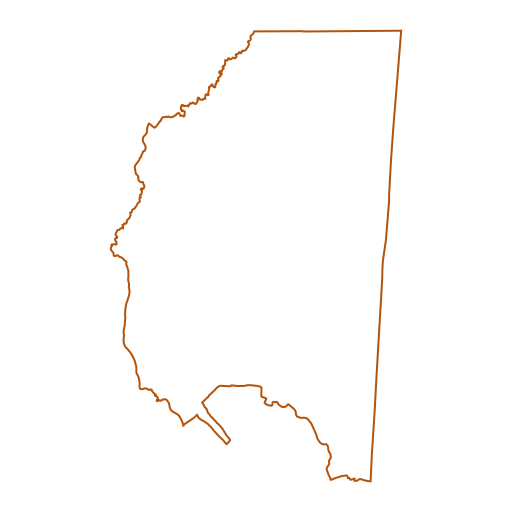 the district of Phalombe, Phalombe, Malawi
{"feature_id": "42251766B10434937590290", "entity_name": "Phalombe", "entity_type": "district", "adm_level": 2, "iso_a3": "MWI", "parent_name": "Malawi", "parent_adm1": "Phalombe", "projection": "robinson", "projection_center": [35.613, -15.69], "detail": "fine", "context": "isolated", "style": "outline", "palette": "amber", "viewbox_px": 512, "rotation_deg": 0, "n_neighbors": 0, "source": "geoboundaries", "source_scale": "gbopen_adm2", "svg_char_len": 6020}
<svg xmlns="http://www.w3.org/2000/svg" viewBox="0 0 512 512"><path d="M370.6,481.3L371.8,455.3L374.7,410.4L376.5,376.4L382.2,279.0L382.4,269.3L382.9,260.8L385.9,240.2L389.1,201.0L389.1,194.7L391.1,158.7L393.3,127.9L401.2,30.7L303.5,31.5L302.1,31.2L254.8,31.4L254.1,31.5L253.2,33.8L251.9,34.8L250.7,36.0L250.4,36.8L250.8,39.4L250.4,40.1L249.8,40.7L248.3,41.2L247.9,42.0L248.8,43.3L249.0,44.1L248.8,45.0L248.1,46.5L245.7,50.1L243.4,51.0L242.6,50.7L242.0,51.2L241.4,52.7L240.8,53.2L240.0,53.1L239.7,52.3L238.9,52.4L238.6,53.2L238.0,53.7L235.8,54.5L235.8,55.3L236.5,55.8L236.5,56.6L235.6,58.0L234.8,58.3L233.4,57.6L232.6,57.9L231.4,59.0L230.7,59.3L229.9,59.2L228.7,58.2L228.1,58.7L227.6,60.3L226.9,60.5L225.4,60.1L225.1,61.1L225.2,63.5L224.7,65.2L224.3,65.9L223.5,65.8L222.9,66.3L222.5,67.0L223.2,67.4L223.6,68.8L222.3,69.8L222.1,70.6L221.6,71.3L221.5,72.1L220.1,71.2L219.4,71.5L219.2,72.4L219.5,73.2L220.1,73.8L221.5,74.4L220.5,75.7L220.2,76.5L219.5,76.7L219.0,77.4L218.3,77.7L218.1,78.6L218.5,80.2L218.2,81.0L217.5,81.2L216.7,81.1L216.5,81.9L216.8,82.6L215.7,83.9L215.8,84.8L215.3,85.4L215.0,86.2L215.3,87.1L214.8,87.4L214.0,87.2L212.7,86.2L212.4,84.5L211.6,84.6L210.2,86.6L209.4,86.8L208.9,87.3L209.2,89.0L208.3,92.3L208.5,94.9L207.7,95.1L206.4,94.3L205.7,94.7L205.4,95.4L205.2,98.8L203.6,98.7L203.2,99.4L202.5,99.8L201.7,99.6L200.2,99.8L199.8,99.0L199.1,98.7L199.0,97.9L198.2,97.7L197.4,99.2L197.7,100.8L197.5,101.6L196.4,102.9L196.1,103.7L195.3,104.0L193.9,103.4L193.5,102.7L192.8,102.5L191.5,103.5L190.0,103.3L189.8,104.1L188.7,105.3L188.4,106.1L187.8,105.5L187.1,106.0L186.4,105.8L184.8,106.1L184.2,105.7L183.4,106.0L183.1,105.2L182.4,104.9L181.7,105.2L181.0,106.7L180.9,109.3L181.3,110.0L182.1,110.2L182.0,111.1L183.6,110.8L184.8,111.8L184.4,116.0L183.8,116.5L182.5,115.6L181.0,115.8L180.2,115.6L179.2,113.3L178.5,112.9L176.4,114.1L176.1,114.9L175.5,115.4L174.8,115.6L174.2,116.2L173.4,116.3L172.8,116.9L170.5,117.4L168.4,116.5L166.9,117.0L166.3,116.7L164.6,117.2L163.0,117.1L161.6,118.6L160.6,121.0L159.9,121.3L159.4,121.9L158.0,124.1L155.9,126.7L154.6,127.7L152.5,126.4L150.7,124.7L148.8,123.6L147.2,127.7L147.0,131.3L146.7,133.0L145.2,135.1L144.0,136.2L143.2,137.2L142.7,139.7L143.3,142.1L145.4,145.8L145.7,147.5L145.4,149.3L144.7,150.8L143.1,151.4L142.3,153.8L141.4,155.2L141.0,156.9L139.8,158.1L139.3,159.7L138.5,161.1L135.5,165.0L135.1,165.8L134.7,167.4L135.8,173.3L136.2,174.3L136.9,174.6L138.2,176.3L138.4,177.1L138.0,177.8L138.6,179.4L138.6,180.3L140.4,182.1L141.1,182.3L142.6,181.9L143.1,182.5L143.4,184.2L144.3,185.6L144.4,186.4L144.2,187.3L143.7,187.9L143.6,188.8L142.8,189.0L142.2,188.5L141.4,188.4L140.8,189.0L140.9,189.8L142.0,191.1L141.4,194.4L140.0,195.1L139.9,196.0L140.8,197.4L139.4,198.3L139.8,201.7L137.8,203.1L136.7,205.4L134.5,208.6L132.4,209.7L131.6,212.2L130.9,212.3L130.2,212.7L130.6,215.2L129.6,217.6L126.8,220.6L126.9,222.3L126.0,223.6L125.2,223.7L124.5,223.4L123.5,224.7L122.7,224.9L123.1,225.7L122.6,226.7L123.1,227.3L123.0,228.2L122.6,228.0L120.4,228.5L119.4,229.8L117.9,229.9L117.3,230.4L117.0,231.2L115.8,233.4L115.6,234.2L115.7,235.1L116.1,235.8L117.3,236.9L117.0,237.8L115.5,238.3L115.0,239.0L115.3,239.8L115.3,240.7L116.4,241.9L116.5,243.4L116.4,244.4L115.6,244.6L114.9,244.2L111.8,244.5L111.4,245.2L111.9,245.9L111.4,246.5L110.8,248.3L110.8,249.2L111.1,250.0L113.5,253.0L113.7,255.6L114.4,256.0L115.2,256.1L117.4,255.2L118.1,255.4L119.1,256.7L120.6,257.1L122.7,258.2L124.8,260.7L126.2,261.4L126.6,262.2L126.1,263.8L126.3,264.7L127.0,266.1L128.4,271.1L128.4,277.2L128.1,279.7L129.0,284.0L129.0,286.5L128.8,287.4L129.5,289.9L129.4,293.4L128.7,296.7L126.2,303.9L125.3,309.9L125.0,315.1L125.4,318.6L125.1,319.4L124.7,325.7L124.1,328.2L123.6,331.6L124.0,335.9L123.6,339.3L123.7,342.9L124.9,346.0L126.3,348.1L127.1,348.5L130.9,353.3L132.6,356.2L134.7,360.8L136.3,366.7L136.4,368.4L136.3,371.1L136.5,372.8L136.7,373.7L137.6,375.1L138.6,377.4L139.0,379.0L139.6,382.5L139.5,386.8L140.0,388.7L141.4,389.2L142.2,389.2L144.4,388.5L145.9,388.3L148.7,389.8L149.5,389.8L150.2,389.5L151.5,389.5L152.0,391.1L154.8,394.1L155.5,394.5L154.9,394.9L155.0,395.7L157.2,396.7L157.7,397.4L157.8,398.2L157.6,399.1L157.0,399.6L156.7,400.4L157.1,401.1L157.8,401.1L159.0,400.1L159.6,400.5L161.2,400.6L162.5,399.6L164.8,399.3L165.5,399.2L166.8,400.1L167.8,401.4L169.1,403.6L169.7,407.0L170.5,409.4L171.0,410.1L172.2,411.3L177.9,414.6L179.1,415.8L181.1,419.4L182.5,422.5L183.2,424.9L183.3,426.5L183.6,425.0L184.3,424.3L193.1,418.4L197.1,414.9L198.2,417.2L200.6,419.5L204.2,421.4L207.9,424.0L211.0,427.1L214.4,431.3L218.8,436.1L222.7,439.7L226.1,443.8L226.9,444.0L229.7,440.9L230.0,440.1L229.8,439.3L226.5,435.4L222.4,428.7L218.5,424.1L217.1,423.2L215.6,421.2L213.8,419.6L212.2,417.6L210.9,416.6L209.5,414.5L207.9,412.7L206.4,408.6L204.5,407.0L204.1,405.3L202.6,403.4L202.2,402.5L207.6,397.3L208.3,396.9L209.1,395.3L215.0,389.9L216.7,387.8L219.8,385.8L230.6,386.3L231.1,385.5L231.8,385.4L237.5,386.0L244.0,386.0L247.3,385.2L250.6,385.2L257.1,385.9L260.2,386.6L261.5,387.6L261.3,396.0L261.7,396.8L264.9,397.8L266.3,398.6L264.6,402.7L265.7,404.0L267.2,404.8L269.0,405.4L271.4,405.7L272.2,405.3L272.6,402.6L273.0,402.1L273.6,401.8L275.1,402.3L276.6,401.9L277.3,402.2L278.6,404.5L280.6,406.1L281.3,406.6L283.7,407.1L285.9,406.6L287.6,404.7L288.5,404.4L293.6,408.6L294.7,409.9L295.6,411.3L296.1,414.8L296.9,416.4L300.8,417.9L304.3,417.7L306.6,418.3L308.0,419.4L310.6,422.5L311.9,424.7L316.1,434.3L317.5,438.8L319.5,441.9L320.7,443.1L322.2,444.1L324.6,444.4L326.3,444.2L327.6,445.7L328.1,447.2L328.3,449.9L329.3,452.5L329.9,453.0L330.6,454.5L330.4,455.4L330.9,457.0L330.3,458.6L329.0,460.8L328.9,461.6L329.3,463.4L329.1,464.4L327.2,467.1L326.8,467.8L326.7,469.6L328.8,475.3L330.5,478.4L330.4,479.3L331.0,479.9L331.8,479.7L335.6,478.0L342.1,476.0L346.2,475.5L346.9,475.7L347.4,476.4L347.8,477.1L347.9,478.0L349.3,478.0L350.0,479.4L350.8,479.7L351.5,479.7L353.3,478.8L354.6,478.8L354.4,480.7L356.6,480.9L358.8,479.5L360.2,479.0L365.2,480.5L369.2,481.3L370.6,481.3Z" fill="none" stroke="#b45309" stroke-width="2"/></svg>